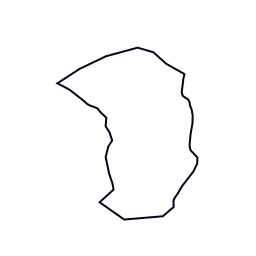 Prevalje, Robinson projection, rotated 36°
{"feature_id": "SVN-233", "entity_name": "Prevalje", "entity_type": "Municipality", "adm_level": 1, "iso_a3": "SVN", "parent_name": "Slovenia", "parent_adm1": "", "projection": "robinson", "projection_center": [14.895, 46.555], "detail": "fine", "context": "isolated", "style": "outline", "palette": "ink", "viewbox_px": 256, "rotation_deg": 36, "n_neighbors": 0, "source": "natural_earth", "source_scale": "10m", "svg_char_len": 725}
<svg xmlns="http://www.w3.org/2000/svg" viewBox="0 0 256 256"><g transform="rotate(36 128 128)"><path d="M121.2,53.6L142.0,51.2L143.7,55.3L150.4,67.5L153.3,69.8L157.1,69.8L160.1,69.6L162.6,71.0L165.1,73.5L168.5,75.5L172.8,79.7L177.2,85.9L182.2,96.1L188.0,105.9L191.6,109.2L201.5,111.1L204.8,115.9L206.5,124.5L205.9,143.0L206.7,151.3L206.9,156.8L207.2,159.4L208.8,161.8L211.4,165.0L208.0,179.0L178.7,204.3L148.7,204.8L152.5,186.3L148.0,182.0L139.4,175.9L127.0,164.6L123.0,154.8L122.5,147.4L115.8,142.5L108.8,139.7L104.4,132.4L96.8,131.5L91.9,130.1L87.5,131.1L84.5,132.1L80.5,132.6L77.3,132.1L58.2,131.4L44.6,133.3L54.1,108.6L68.0,82.9L88.5,57.4L104.0,51.8L121.2,53.6Z" fill="none" stroke="#020617" stroke-width="2"/></g></svg>